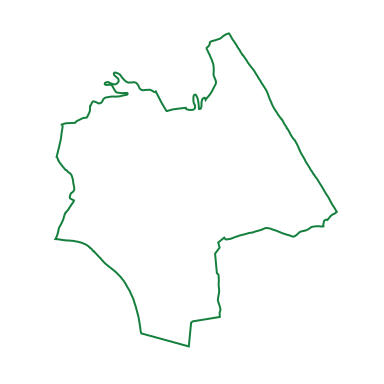 outline of Limpopo, Gaza, Mozambique, rotated 263°
{"feature_id": "85939544B55875453752427", "entity_name": "Limpopo", "entity_type": "district", "adm_level": 2, "iso_a3": "MOZ", "parent_name": "Mozambique", "parent_adm1": "Gaza", "projection": "orthographic", "projection_center": [33.462, -25.027], "detail": "fine", "context": "isolated", "style": "outline", "palette": "green", "viewbox_px": 384, "rotation_deg": 263, "n_neighbors": 0, "source": "geoboundaries", "source_scale": "gbopen_adm2", "svg_char_len": 6021}
<svg xmlns="http://www.w3.org/2000/svg" viewBox="0 0 384 384"><g transform="rotate(263 192 192)"><path d="M154.5,333.2L154.9,333.3L155.3,332.9L157.0,332.3L160.3,330.8L160.6,330.5L163.0,329.5L163.6,329.2L170.0,326.8L174.3,324.6L180.9,321.8L184.1,320.3L189.6,317.8L192.9,315.9L194.1,315.4L194.3,315.1L195.2,314.8L195.5,314.5L196.4,314.2L200.3,312.2L201.3,311.9L208.4,308.5L209.4,308.2L209.7,308.2L215.5,305.7L219.0,304.3L219.4,304.3L222.1,303.4L223.5,303.1L227.6,301.7L228.5,301.2L230.6,300.5L232.3,299.3L234.3,298.1L238.1,296.4L238.4,296.4L241.8,295.1L243.4,294.2L243.7,293.8L244.6,293.8L248.6,291.8L252.2,290.5L252.5,290.2L253.4,289.9L253.6,289.5L254.8,288.9L255.2,288.5L257.3,287.5L257.6,287.1L259.2,286.5L261.6,285.4L261.9,285.1L265.4,283.5L268.4,282.4L270.8,281.6L271.2,281.7L273.6,280.8L274.0,280.8L275.0,280.4L281.1,279.0L283.6,278.2L285.5,277.4L291.4,274.5L293.1,273.8L293.6,273.5L294.1,273.4L295.9,272.4L298.8,271.2L302.1,269.6L305.1,268.3L310.1,265.2L313.9,263.1L315.6,262.4L318.3,261.0L321.5,259.3L321.7,258.9L322.1,258.8L322.6,258.5L324.6,257.6L325.0,257.3L326.0,257.0L327.9,256.1L330.5,254.7L331.8,254.3L333.5,253.4L334.0,253.3L334.3,253.0L336.2,252.2L338.1,251.0L343.2,248.9L344.9,248.0L344.5,245.6L343.8,243.7L342.6,241.4L341.3,239.6L340.6,237.9L340.5,236.7L339.7,233.3L339.6,231.6L339.4,231.2L339.4,230.3L338.9,228.6L338.6,228.5L338.3,228.0L336.7,227.6L335.5,226.9L334.8,226.4L334.2,225.6L333.7,224.4L333.3,224.1L332.9,224.0L331.6,224.2L329.6,225.0L328.1,225.4L325.9,226.3L325.5,226.3L320.2,227.9L319.7,227.9L316.9,228.6L314.6,228.7L312.7,228.7L307.9,228.1L307.0,227.8L304.8,227.7L300.7,228.9L298.2,229.3L295.9,228.5L294.2,227.2L289.3,223.9L286.2,221.3L286.0,220.9L285.6,220.7L285.4,220.3L284.7,219.7L284.2,219.0L283.9,218.8L283.7,218.4L283.4,218.2L282.7,217.4L281.8,216.7L283.8,216.3L284.0,216.0L284.0,215.6L283.7,214.7L282.8,213.5L280.0,212.4L276.2,211.9L275.4,211.7L273.6,210.7L273.5,210.3L273.6,209.1L280.0,209.3L283.8,209.0L285.0,208.8L287.5,207.9L288.2,207.4L288.2,206.3L287.9,206.0L287.2,205.4L286.4,205.1L283.6,204.6L281.7,204.5L279.7,204.7L277.6,205.5L276.0,205.4L274.8,205.1L274.4,204.8L273.6,203.5L273.5,203.1L273.5,201.4L274.0,198.5L274.9,196.5L276.3,196.2L276.4,188.8L276.3,183.5L276.2,182.3L275.8,179.6L275.8,178.9L275.5,178.0L275.4,177.2L275.6,176.5L283.7,172.9L296.2,168.3L295.9,167.9L295.7,167.2L295.9,166.6L298.0,163.9L298.6,162.9L298.9,159.3L299.0,155.8L299.4,154.5L300.1,153.5L301.3,152.6L304.1,151.8L306.1,150.7L307.2,149.8L308.0,148.2L308.1,144.9L308.3,143.8L308.2,143.2L308.4,142.1L308.9,141.1L310.2,139.4L313.8,136.7L316.9,135.1L317.8,134.2L318.5,133.3L319.6,131.2L320.0,130.3L319.8,129.5L319.5,129.1L318.8,128.8L317.5,129.0L313.3,132.6L312.3,132.8L311.1,132.7L310.2,132.3L308.7,130.6L308.3,129.2L308.3,128.2L308.7,126.7L309.6,124.8L311.2,122.5L311.4,121.4L311.2,119.6L310.9,119.0L310.2,118.6L309.6,118.6L309.1,119.1L308.7,120.0L308.5,124.1L307.9,125.0L306.7,126.0L303.2,127.3L300.6,128.7L299.8,129.7L298.7,134.3L298.2,139.7L297.8,140.0L297.5,140.1L297.1,140.0L296.7,139.6L296.5,139.4L296.4,138.0L296.2,135.4L295.8,132.3L295.9,128.6L296.5,124.2L296.5,122.6L296.3,118.5L296.1,117.2L295.6,116.2L294.7,115.2L292.4,113.6L291.6,112.7L291.3,111.4L291.2,110.2L292.3,108.6L293.8,106.0L294.0,104.9L293.3,104.0L292.3,103.2L289.9,101.8L289.9,101.4L288.9,101.3L288.5,101.0L286.7,100.9L285.2,100.6L283.4,99.8L278.9,96.9L278.7,96.3L278.7,93.9L278.5,92.2L276.3,86.0L274.9,84.4L275.6,75.0L274.8,71.0L273.6,71.5L272.3,71.5L267.7,70.1L260.9,68.4L254.4,66.1L243.3,61.9L243.2,62.2L242.5,62.5L240.6,62.9L240.7,63.0L237.7,64.0L233.8,66.3L229.4,69.1L229.0,70.1L227.4,71.0L225.1,73.5L223.6,74.4L222.7,74.6L220.8,75.0L218.6,75.3L214.8,75.3L211.3,75.6L208.5,75.4L207.7,74.9L207.4,74.5L207.0,74.2L206.3,73.3L205.7,72.1L205.1,71.5L203.8,70.7L201.7,70.0L200.8,70.1L200.1,70.7L198.0,73.8L196.4,73.0L196.2,72.6L194.4,71.1L194.1,70.9L193.9,70.5L193.5,70.3L192.3,69.2L191.6,68.7L191.4,68.4L190.6,67.9L187.9,65.3L187.7,64.8L187.2,64.6L187.1,64.2L186.7,64.0L186.5,63.6L186.0,63.5L185.7,63.1L180.6,60.9L178.3,59.6L175.3,57.6L174.6,57.0L172.2,55.4L170.4,54.8L170.1,54.8L169.4,54.4L169.1,54.4L165.9,53.1L163.8,52.0L163.4,51.6L162.9,51.5L161.9,50.7L161.6,52.1L161.6,52.7L161.1,54.2L161.0,55.0L160.4,56.6L160.4,57.0L159.8,58.8L159.8,59.3L159.5,60.1L159.4,61.1L159.1,62.0L158.9,63.6L157.8,68.8L157.0,70.9L157.0,71.3L155.3,75.8L154.8,76.8L154.0,78.1L153.8,78.6L152.6,80.5L150.5,82.9L149.9,83.2L149.7,83.6L149.1,83.8L148.9,84.3L147.2,85.7L145.7,86.6L145.5,87.1L145.0,87.2L144.8,87.6L144.4,87.7L144.1,88.1L138.7,92.0L137.1,93.3L135.3,94.4L134.3,95.2L133.9,95.4L132.0,96.8L129.3,99.3L124.6,104.0L121.6,106.8L116.4,110.8L113.6,112.4L113.3,112.7L112.1,113.4L107.9,115.4L107.5,115.4L101.2,118.2L100.8,118.2L99.8,118.6L99.4,118.6L98.2,119.2L97.7,119.2L92.8,120.8L92.0,120.8L91.2,121.1L88.7,121.4L87.7,121.7L85.0,122.2L74.3,123.7L70.0,123.9L65.9,124.0L65.5,124.1L59.3,124.1L57.8,124.5L39.1,170.0L62.4,175.2L63.5,176.9L64.6,204.4L68.4,204.6L71.6,205.9L73.1,205.9L77.5,205.2L79.6,204.7L81.6,204.5L83.4,204.9L87.9,206.3L90.4,206.9L91.7,207.0L96.9,207.1L100.3,207.8L104.0,208.1L106.3,208.2L107.1,208.0L108.4,206.8L128.0,207.4L133.4,212.6L138.7,211.9L142.8,218.4L141.0,219.5L140.7,220.4L140.8,224.1L141.1,225.8L142.3,230.4L142.5,232.0L143.1,234.4L143.2,235.9L143.6,238.0L143.5,238.8L143.8,239.8L144.1,242.2L144.4,243.6L144.4,247.2L145.1,250.1L145.8,255.3L146.0,256.0L146.0,256.4L146.4,257.2L146.4,257.6L147.1,260.0L147.2,260.8L147.1,262.4L145.9,265.8L145.4,266.5L143.1,271.4L142.4,272.5L141.8,273.7L139.6,277.6L138.8,279.6L138.4,280.2L136.6,284.5L136.1,285.2L135.6,286.3L135.3,287.3L135.8,289.1L137.3,291.6L137.6,291.8L138.2,292.8L138.7,293.3L139.2,294.3L139.6,295.8L139.7,298.2L139.9,298.6L139.8,299.4L140.1,300.1L140.1,300.6L141.0,303.3L142.5,305.9L142.7,306.5L142.9,309.3L142.8,311.6L142.5,314.2L141.9,316.6L141.9,318.3L143.5,318.3L146.5,319.3L147.2,319.6L147.5,319.9L148.2,321.4L148.2,322.1L147.7,322.9L150.3,325.7L150.7,326.0L151.4,326.9L152.6,328.9L153.1,330.8L154.5,333.2Z" fill="none" stroke="#15803d" stroke-width="2"/></g></svg>